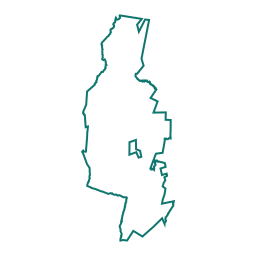 the district of Bindura, Mashonaland Central, Zimbabwe
{"feature_id": "62879985B50430993830170", "entity_name": "Bindura", "entity_type": "district", "adm_level": 2, "iso_a3": "ZWE", "parent_name": "Zimbabwe", "parent_adm1": "Mashonaland Central", "projection": "natural_earth1", "projection_center": [31.316, -17.234], "detail": "fine", "context": "isolated", "style": "outline", "palette": "teal", "viewbox_px": 256, "rotation_deg": 0, "n_neighbors": 0, "source": "geoboundaries", "source_scale": "gbopen_adm2", "svg_char_len": 5604}
<svg xmlns="http://www.w3.org/2000/svg" viewBox="0 0 256 256"><path d="M149.1,20.0L145.1,19.5L138.9,31.7L137.1,24.7L141.8,18.9L124.2,16.1L124.3,16.1L119.8,15.4L119.6,15.8L119.9,16.2L120.0,17.5L119.7,17.5L119.6,18.3L118.8,19.1L117.4,19.5L117.1,19.7L116.4,19.2L116.4,18.8L115.9,17.8L115.5,18.8L115.5,19.3L115.3,20.4L115.3,20.8L115.2,20.8L115.1,21.8L115.0,22.4L113.8,23.1L113.3,24.1L113.3,24.5L113.6,25.1L113.9,25.0L114.0,25.3L114.1,26.6L113.3,27.6L113.2,28.0L112.8,28.1L111.5,29.1L110.9,29.1L110.4,30.1L110.4,30.4L110.9,31.9L110.9,32.2L110.4,32.7L110.2,33.9L109.8,34.3L108.9,35.0L108.7,35.7L108.4,36.1L107.9,36.3L106.8,37.2L105.8,38.6L104.4,39.9L104.0,40.5L102.4,42.1L101.8,43.0L101.5,43.6L101.5,44.0L101.5,44.5L102.0,44.9L102.2,45.4L101.9,46.0L102.1,46.6L102.1,47.9L102.3,48.5L102.3,48.9L102.6,49.3L102.3,50.0L102.3,51.8L102.4,53.2L102.3,54.3L102.5,54.5L102.8,55.0L102.7,55.6L102.6,56.5L102.7,56.8L102.7,57.6L102.6,58.2L102.2,58.7L102.2,59.2L102.7,59.5L103.3,60.1L104.7,59.4L104.9,59.9L105.1,60.1L105.4,61.0L105.8,61.5L105.7,62.4L105.8,63.3L105.9,64.0L106.3,64.7L105.9,64.7L105.7,64.9L105.7,65.8L105.4,66.7L105.4,67.1L105.7,67.7L105.7,67.9L105.1,68.4L105.1,69.1L104.9,69.5L104.4,69.8L103.8,70.2L103.5,70.8L103.3,71.5L103.1,71.8L102.7,72.0L101.6,71.9L99.3,75.1L98.7,75.7L97.7,76.0L97.5,76.5L97.6,77.0L97.2,77.2L97.2,78.5L97.0,79.1L97.0,79.8L96.5,80.3L96.3,80.6L96.4,82.2L95.7,82.5L95.6,83.0L94.8,83.5L94.7,84.0L94.8,84.7L87.1,91.5L86.2,104.7L83.3,111.5L83.3,112.2L83.0,113.1L83.3,113.4L83.8,113.6L83.8,114.2L84.2,114.4L84.1,114.8L84.8,115.1L85.7,127.2L87.9,126.5L87.5,131.4L87.3,132.0L87.1,137.3L85.9,151.7L85.8,151.8L85.6,151.8L85.0,151.6L84.5,151.6L83.9,151.4L83.4,151.2L83.2,150.6L82.8,150.8L82.7,151.1L82.2,151.7L82.4,152.3L83.0,153.2L84.0,155.8L87.0,164.0L89.6,168.0L89.8,173.8L90.0,174.9L89.6,175.5L89.5,176.3L89.4,177.2L89.4,177.5L89.8,178.2L89.5,179.2L88.9,180.1L89.0,181.2L88.8,181.6L88.3,181.8L88.3,182.2L88.0,182.7L87.8,183.6L87.4,184.1L87.3,184.6L87.3,186.0L90.6,187.3L91.3,187.9L95.7,189.1L96.5,189.5L99.1,190.5L101.4,191.4L102.9,191.7L108.3,193.9L110.8,193.1L111.0,193.3L111.9,193.8L112.3,193.5L112.8,194.1L113.3,194.4L114.2,194.7L114.9,194.8L116.2,194.5L117.6,195.5L117.9,195.7L118.5,195.4L118.8,195.2L119.4,195.2L121.7,196.3L123.3,197.3L124.1,197.2L124.7,197.3L125.8,197.4L126.2,197.7L126.6,197.4L126.8,197.6L126.6,198.9L126.3,199.4L126.2,202.0L125.9,202.4L125.6,202.6L125.6,202.8L125.3,203.2L125.4,203.5L125.6,203.7L125.6,203.9L125.2,204.6L125.1,205.4L124.9,205.9L125.2,206.7L124.8,207.0L124.7,207.4L124.7,207.8L124.5,208.2L124.6,209.1L124.1,209.8L123.9,210.3L123.9,210.9L123.3,211.9L123.4,212.5L123.2,212.9L123.2,213.3L122.8,214.3L122.8,214.8L122.6,215.2L122.4,216.0L122.2,216.2L122.3,216.8L122.0,218.0L122.0,218.3L121.8,218.7L121.9,219.4L121.8,219.5L121.5,220.2L121.8,221.1L121.2,221.2L121.1,221.8L121.4,222.1L121.4,222.4L121.1,223.1L121.1,223.5L120.8,223.9L120.2,225.1L119.9,225.5L119.7,225.9L119.7,226.6L120.4,228.8L120.6,230.1L120.5,231.2L120.9,232.1L121.6,233.5L121.7,234.6L121.4,235.2L121.3,235.3L120.9,236.0L121.1,236.3L121.3,236.4L121.4,236.8L120.5,238.4L120.4,240.6L120.7,240.6L122.8,240.0L127.1,240.5L133.3,230.9L142.5,236.5L142.6,236.3L153.1,227.1L162.1,218.3L164.6,223.9L164.7,222.8L164.9,222.5L165.6,221.8L165.8,221.1L166.0,220.8L166.0,220.5L165.7,220.3L165.6,219.9L165.5,219.5L165.3,219.2L165.7,218.0L165.6,217.3L166.0,217.0L166.9,216.0L167.3,215.2L167.7,214.9L167.9,214.4L167.9,213.8L168.4,213.4L168.5,212.9L168.9,212.6L168.9,212.3L169.5,211.4L170.1,210.7L170.1,210.3L170.7,209.8L170.9,209.2L171.3,208.8L172.0,207.3L172.8,206.6L173.2,205.9L173.4,205.2L173.4,204.9L173.0,204.5L173.0,203.6L173.6,202.6L173.7,201.7L173.8,201.2L171.8,201.7L167.1,202.6L162.0,203.7L162.7,199.7L164.5,194.5L165.5,188.5L162.7,186.4L163.8,182.6L165.3,180.4L164.4,177.3L167.1,175.8L166.6,173.6L162.0,175.0L160.5,168.5L165.6,166.9L164.7,162.3L164.6,162.8L163.1,162.8L162.2,162.2L160.7,162.1L159.3,161.6L158.6,161.6L158.2,161.8L158.0,161.5L157.5,161.4L157.3,161.1L157.3,160.8L156.8,160.4L155.7,160.5L155.7,161.2L155.4,161.3L154.8,161.3L154.8,161.5L154.3,161.6L154.3,162.0L154.8,162.4L155.0,162.0L155.3,162.3L155.3,162.9L155.1,163.3L155.1,163.9L155.5,164.3L155.6,164.7L155.4,165.1L154.1,166.4L154.0,168.1L154.2,168.7L154.2,169.1L153.9,169.1L153.6,169.0L153.7,169.6L152.8,168.9L152.1,168.8L151.9,169.1L151.8,169.5L151.3,169.5L151.4,168.7L150.4,168.5L155.9,153.7L162.6,152.8L164.6,141.6L164.9,138.6L165.0,138.6L164.9,138.7L165.8,139.1L167.9,139.1L168.2,139.0L168.7,138.6L169.5,137.7L170.4,137.3L170.2,138.4L170.6,138.5L170.4,134.4L170.4,133.4L170.6,131.6L170.7,120.0L165.6,119.8L165.8,112.4L153.5,112.6L157.6,101.4L150.6,98.0L156.4,89.4L155.9,88.7L155.8,88.2L155.4,88.0L155.1,88.0L154.8,88.2L154.7,87.3L154.2,87.3L154.0,86.1L153.8,86.0L153.2,86.1L153.0,85.8L153.0,85.4L152.9,85.3L152.3,85.4L151.8,84.6L150.8,84.0L150.6,84.2L150.3,83.8L150.0,83.7L150.2,83.2L149.8,82.9L149.9,81.9L149.7,81.7L149.3,81.5L149.0,81.7L148.7,82.1L148.2,82.1L148.0,81.9L147.6,81.9L147.3,81.6L147.1,81.3L147.0,80.7L146.9,80.5L146.5,80.6L146.2,81.2L145.9,81.1L145.6,80.6L145.1,80.3L144.7,80.4L144.5,80.6L144.3,81.0L144.3,81.5L144.2,81.6L143.7,81.2L143.1,81.1L142.7,81.4L142.5,81.1L142.5,80.7L142.2,80.9L142.1,81.3L141.8,81.1L141.4,80.6L141.1,80.6L140.9,80.8L140.7,80.8L140.5,81.0L140.3,81.0L139.9,80.6L139.3,80.6L138.9,79.9L138.4,79.5L137.7,79.3L137.5,78.6L137.0,78.4L136.2,77.1L135.8,76.7L135.7,76.2L135.4,75.8L135.8,73.8L137.2,73.7L143.6,65.7L141.5,58.7L149.1,20.0ZM129.4,154.7L129.5,142.2L135.9,140.0L136.1,149.3L140.1,150.8L141.3,156.8L138.6,157.6L136.3,152.2L129.4,154.7Z" fill="none" stroke="#0f766e" stroke-width="2"/></svg>